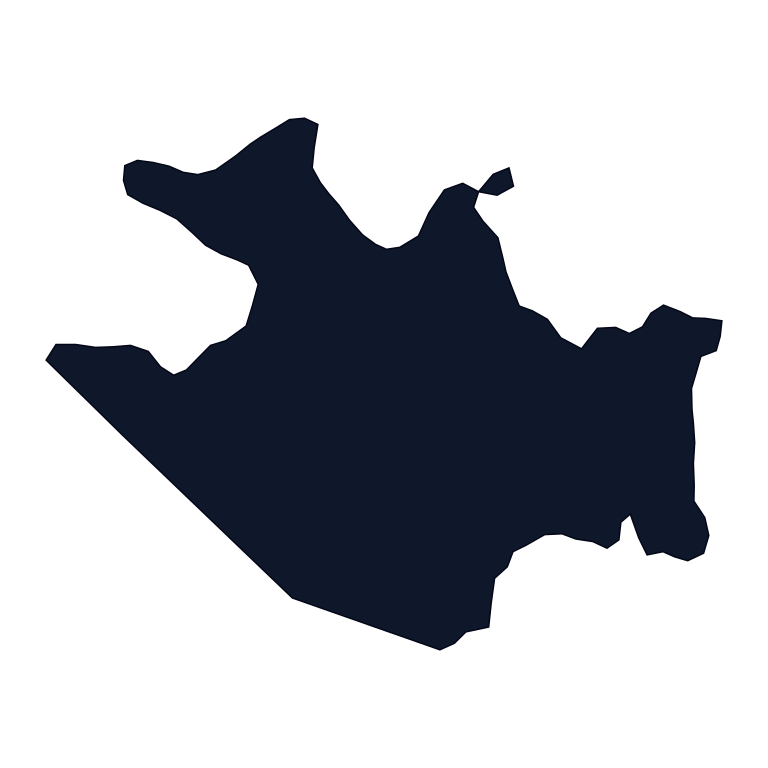 Marema, Santa Catarina, Brazil (Robinson projection)
{"feature_id": "56859067B18481961771454", "entity_name": "Marema", "entity_type": "district", "adm_level": 2, "iso_a3": "BRA", "parent_name": "Brazil", "parent_adm1": "Santa Catarina", "projection": "robinson", "projection_center": [-52.623, -26.808], "detail": "fine", "context": "isolated", "style": "filled", "palette": "ink", "viewbox_px": 768, "rotation_deg": 0, "n_neighbors": 0, "source": "geoboundaries", "source_scale": "gbopen_adm2", "svg_char_len": 1581}
<svg xmlns="http://www.w3.org/2000/svg" viewBox="0 0 768 768"><path d="M439.9,649.8L454.5,643.2L465.9,631.9L488.7,627.0L491.2,603.2L494.6,578.3L507.3,566.8L513.0,551.7L526.3,545.1L544.7,534.6L562.0,533.8L575.8,539.0L592.9,541.6L607.0,548.2L618.9,539.9L620.9,522.2L630.3,514.1L638.7,537.8L647.1,554.9L663.0,551.7L674.8,556.9L687.7,560.7L703.6,553.2L708.8,535.5L704.8,517.6L693.9,501.1L694.2,484.9L693.4,463.4L694.7,442.6L693.4,423.2L692.0,409.3L691.5,388.5L696.4,372.0L700.9,356.4L716.2,350.6L720.2,336.4L721.9,320.8L705.6,318.4L692.7,317.9L680.6,311.8L663.5,305.1L650.9,313.2L642.5,326.8L629.3,333.5L615.7,327.4L597.4,328.3L581.5,348.8L560.8,337.8L547.4,319.3L532.5,310.9L519.2,306.0L513.0,290.4L506.0,271.9L502.8,257.7L497.9,237.7L483.0,221.2L473.6,207.3L478.6,191.7L462.7,183.3L444.4,189.9L429.1,212.5L418.4,236.0L399.8,247.3L386.5,249.3L375.6,244.4L362.5,234.8L349.6,220.3L338.7,205.0L328.8,193.7L320.4,182.7L312.2,167.9L314.2,147.7L317.9,124.5L304.5,118.2L289.4,119.6L274.8,128.6L261.2,136.7L250.5,143.9L235.4,156.1L215.6,170.0L197.8,174.6L183.2,172.3L169.1,166.2L153.2,162.5L137.4,160.4L124.8,165.6L123.5,180.4L127.7,194.6L143.1,203.3L159.7,210.2L176.8,218.9L192.1,232.5L205.5,245.2L221.3,253.9L236.7,259.7L248.6,265.2L258.2,284.3L252.3,306.0L246.1,326.0L225.8,340.7L210.5,345.4L198.3,357.8L186.4,370.0L173.6,375.2L160.5,366.8L148.3,351.4L130.5,345.4L112.7,346.8L95.6,347.4L75.8,344.5L56.0,344.5L46.1,360.1L122.8,435.4L292.4,598.0L439.9,649.8ZM478.6,191.7L497.1,195.2L513.5,186.2L509.0,167.9L493.2,174.3L478.6,191.7Z" fill="#0f172a" stroke="#020617" stroke-width="1.5"/></svg>